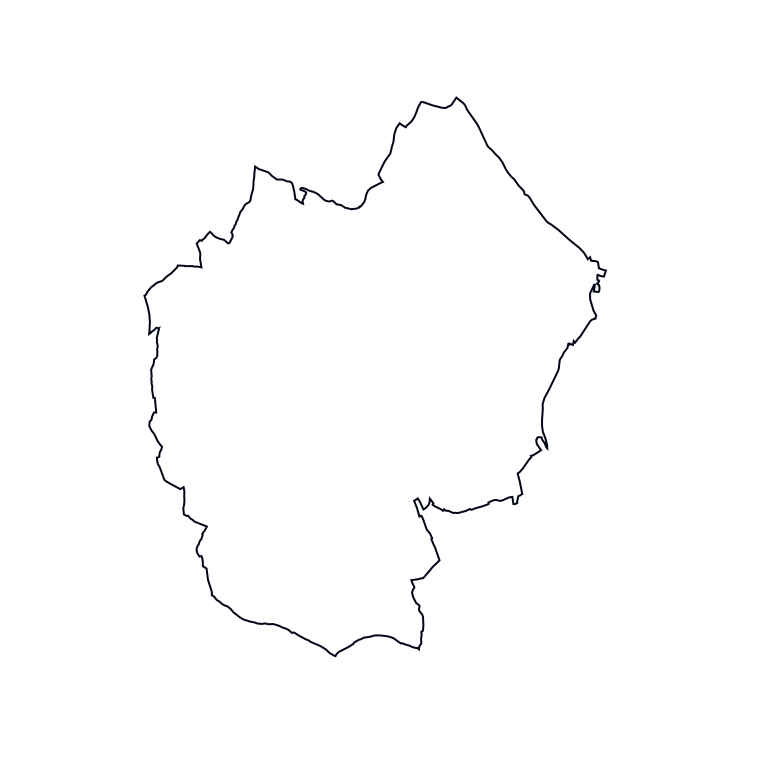 Palatca, Cluj, Romania (Natural Earth projection), rotated 243°
{"feature_id": "2599482B3358887254136", "entity_name": "Palatca", "entity_type": "district", "adm_level": 2, "iso_a3": "ROU", "parent_name": "Romania", "parent_adm1": "Cluj", "projection": "natural_earth1", "projection_center": [23.989, 46.864], "detail": "fine", "context": "isolated", "style": "outline", "palette": "ink", "viewbox_px": 768, "rotation_deg": 243, "n_neighbors": 0, "source": "geoboundaries", "source_scale": "gbopen_adm2", "svg_char_len": 6166}
<svg xmlns="http://www.w3.org/2000/svg" viewBox="0 0 768 768"><g transform="rotate(243 384 384)"><path d="M582.0,485.7L574.3,475.4L573.0,474.1L567.6,474.1L564.5,474.8L564.7,472.5L564.6,462.0L564.4,460.3L563.4,457.3L560.7,454.0L557.0,451.1L555.1,448.9L553.4,445.5L552.7,443.1L552.6,442.6L553.0,442.6L552.6,440.6L552.8,439.2L554.4,434.5L558.7,429.4L562.3,427.4L564.6,424.9L565.6,423.3L569.5,422.0L570.9,421.1L571.2,419.1L571.7,417.6L573.7,415.3L575.5,414.2L582.5,411.6L584.8,410.3L588.0,407.7L588.0,407.4L590.9,404.5L593.0,403.2L596.0,400.0L596.1,398.9L595.7,397.8L595.3,397.7L594.5,398.1L592.6,400.1L590.5,401.4L589.8,401.5L588.7,400.8L587.9,399.4L587.5,398.2L586.0,397.5L585.1,395.6L583.8,394.4L581.3,393.7L582.2,392.9L587.5,390.0L588.8,388.9L596.5,391.5L601.8,392.8L604.9,393.2L607.0,392.2L608.2,390.0L612.4,386.2L614.8,381.4L620.1,378.7L625.0,377.1L632.4,370.0L636.2,367.9L630.5,364.1L627.6,362.5L623.8,359.8L617.2,356.0L612.5,351.5L608.1,348.2L607.3,346.6L607.0,342.3L606.1,340.4L603.9,337.4L602.7,334.4L596.1,327.1L595.6,326.0L593.4,324.1L593.1,322.8L592.0,322.1L590.7,320.4L590.0,318.9L588.3,316.8L586.3,316.9L584.0,316.1L579.8,310.4L580.1,308.9L585.1,306.9L587.8,303.7L591.1,300.9L594.2,299.3L596.0,299.1L598.6,298.0L597.8,295.5L595.3,290.1L595.0,287.9L594.3,286.6L595.8,285.2L594.2,280.9L584.8,279.9L582.9,279.2L578.9,276.8L570.8,274.3L572.9,271.7L574.6,268.5L576.0,266.8L579.5,260.0L579.8,260.0L583.2,254.1L581.8,252.4L581.2,250.7L579.2,244.5L578.4,239.2L576.7,233.9L576.6,232.8L577.3,227.7L576.3,223.0L576.0,220.8L573.9,215.7L571.5,212.1L571.5,210.7L559.1,208.4L551.9,206.3L543.7,202.7L542.3,201.5L541.0,201.1L535.2,197.4L535.4,198.9L536.1,201.0L536.3,203.0L537.4,206.6L536.9,207.5L535.7,208.1L535.8,209.0L528.4,202.6L525.8,201.6L525.0,200.9L520.6,199.7L517.7,197.5L515.3,196.6L511.9,194.6L510.7,193.0L510.1,190.2L508.0,189.0L505.8,187.1L502.5,183.0L496.1,180.4L494.1,178.8L492.0,178.3L489.7,177.0L487.1,176.5L484.5,174.9L476.4,172.2L475.7,173.5L462.0,168.1L463.0,166.0L460.0,162.3L458.0,160.9L457.4,160.0L457.0,158.3L453.8,156.1L452.8,155.8L450.6,155.7L448.0,155.8L443.3,156.6L435.8,156.4L432.1,156.9L428.9,157.8L426.4,155.5L425.3,153.6L422.8,151.6L421.2,150.8L421.1,149.8L421.5,148.2L420.2,147.6L415.8,146.2L411.9,146.4L398.6,144.8L396.8,145.4L393.0,147.7L382.8,154.8L383.0,158.6L378.5,157.2L374.7,155.0L372.1,154.0L367.0,151.0L364.5,148.8L358.6,146.5L356.1,148.2L355.5,149.7L352.2,150.4L349.6,151.9L347.3,152.7L337.4,161.5L334.9,157.9L333.0,154.0L331.9,154.0L328.8,150.9L327.8,148.7L325.3,146.1L324.0,143.9L322.0,142.1L320.1,141.3L318.4,140.9L314.0,141.2L313.6,143.2L312.4,143.2L308.4,142.1L303.9,139.9L300.1,142.1L289.5,138.3L277.5,136.3L275.8,135.7L273.9,134.7L271.8,136.1L267.6,136.9L264.4,138.8L261.2,140.0L258.7,141.8L257.0,143.5L253.4,145.2L248.9,146.2L241.3,149.8L238.0,151.9L233.3,156.6L229.9,160.9L228.2,162.3L225.7,166.1L224.7,169.3L222.5,171.9L220.3,176.5L215.7,181.2L213.1,182.9L210.8,185.4L208.2,187.3L203.9,189.1L203.7,190.5L202.9,191.4L198.7,193.8L192.3,198.2L189.6,200.6L187.9,201.3L179.3,208.4L174.1,211.6L168.7,213.6L163.7,216.9L163.7,217.6L164.6,218.6L165.3,220.4L165.8,222.5L165.8,233.2L166.3,238.5L167.3,240.4L167.4,244.5L167.6,245.0L167.1,247.3L167.1,251.0L164.9,257.5L164.4,260.9L163.9,262.1L163.1,263.4L162.9,264.4L159.7,269.6L157.0,273.3L153.5,276.9L145.2,281.2L144.9,282.3L144.1,283.2L142.3,284.6L139.5,287.7L137.1,289.5L134.7,292.1L133.4,294.1L131.8,294.6L134.1,296.2L135.8,299.4L140.1,301.3L143.4,303.7L146.1,304.6L146.4,305.3L146.2,306.0L146.5,306.7L151.2,309.6L158.7,313.0L161.0,313.4L165.4,312.5L167.2,312.7L170.1,314.9L171.3,314.7L174.4,313.2L180.5,313.2L185.3,314.2L187.7,316.5L188.8,318.6L189.1,318.8L193.9,318.9L196.8,319.4L194.4,326.2L194.1,328.1L193.3,330.9L196.0,337.7L198.8,344.0L201.6,353.4L215.3,355.3L217.2,355.2L224.1,355.7L224.7,356.2L224.7,356.9L230.0,357.1L234.9,356.0L245.4,357.4L249.4,357.6L249.7,357.3L249.8,355.4L258.7,357.1L266.2,357.8L266.7,362.2L262.8,362.5L254.3,362.2L254.6,364.9L256.1,368.9L257.6,370.6L261.1,372.8L255.4,373.9L254.4,372.5L251.3,374.2L246.8,377.7L244.2,379.0L244.1,379.4L245.1,380.6L242.8,381.8L241.8,383.8L237.7,387.1L236.7,389.4L235.5,391.1L233.8,399.0L233.6,403.9L232.3,404.6L232.1,405.2L231.9,408.2L230.4,415.9L229.7,420.8L229.7,423.0L231.0,423.3L230.8,427.9L230.5,429.5L229.7,431.4L227.7,433.6L226.8,435.2L226.5,437.2L226.2,443.9L225.1,447.1L218.3,444.8L217.8,445.5L217.4,447.4L217.6,448.7L218.3,448.9L223.1,452.7L222.9,454.6L223.3,457.3L235.9,460.8L243.2,462.3L243.7,462.7L243.9,464.9L245.9,469.7L250.9,479.1L251.8,481.9L252.2,482.2L253.2,482.2L253.2,483.6L252.7,484.2L253.7,493.9L261.2,492.9L261.6,493.3L263.1,493.4L265.1,494.3L265.3,494.5L265.2,494.9L266.7,496.5L266.3,497.9L264.8,500.2L262.2,499.7L258.5,500.3L253.7,499.9L252.6,500.2L254.7,501.1L254.7,501.4L262.2,503.1L269.4,503.9L274.7,505.7L279.7,508.2L289.7,514.2L294.2,516.3L298.8,520.8L304.4,528.9L316.2,544.5L318.3,546.7L325.1,551.1L326.4,552.6L327.9,555.4L330.4,558.6L332.8,563.8L335.9,566.3L335.1,566.9L335.9,567.4L333.0,570.1L336.1,572.5L334.1,573.0L336.7,578.4L336.8,579.7L346.2,595.9L346.9,598.7L346.3,602.2L347.0,602.4L348.6,604.2L354.4,604.0L365.7,606.1L371.1,608.6L377.1,616.4L376.8,617.0L375.9,616.5L371.2,612.9L368.7,616.7L368.7,617.5L370.2,618.8L373.3,620.3L374.5,620.0L375.1,620.4L376.3,619.4L377.2,620.1L377.4,621.5L378.2,622.5L378.8,622.4L380.0,621.4L384.1,623.5L384.2,624.2L382.7,625.2L381.1,626.9L379.9,628.8L384.4,633.3L385.7,631.6L389.5,628.0L395.5,630.0L397.2,628.6L399.8,624.5L403.4,625.2L402.6,622.3L410.0,621.8L416.5,619.9L427.6,614.9L442.0,609.4L450.1,605.4L453.5,603.3L455.1,602.7L475.7,598.9L484.4,598.3L486.7,597.6L488.5,595.9L489.4,595.4L491.8,596.1L493.3,596.0L499.8,594.0L507.2,593.0L511.1,591.5L515.6,590.5L520.9,590.0L527.1,590.2L533.5,589.3L537.7,587.8L543.5,586.3L547.7,584.6L549.5,584.3L569.9,585.1L573.5,585.0L590.1,582.6L595.8,582.8L597.9,582.3L606.3,578.5L602.1,570.9L601.9,569.8L602.0,564.2L603.9,560.9L610.6,553.4L616.7,547.6L618.1,545.8L618.3,544.8L614.7,539.6L611.3,536.1L607.7,531.7L605.4,527.6L603.9,521.6L602.9,520.0L606.3,517.7L609.2,516.3L606.4,511.1L602.1,506.8L595.2,502.1L592.6,499.5L586.5,494.3L582.0,485.7Z" fill="none" stroke="#020617" stroke-width="2"/></g></svg>